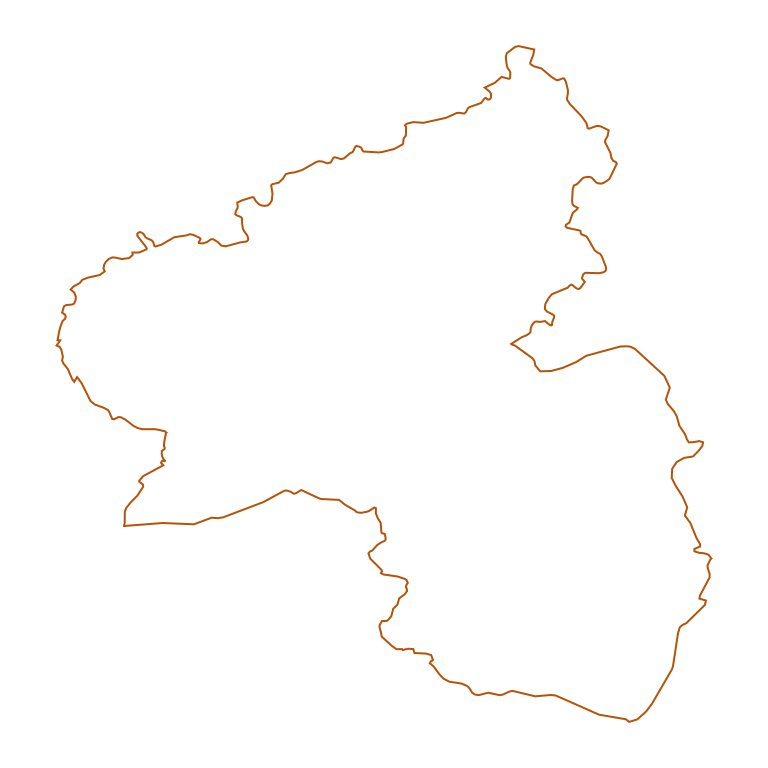 outline of Rheinland-Pfalz
{"feature_id": "DEU-1580", "entity_name": "Rheinland-Pfalz", "entity_type": "State", "adm_level": 1, "iso_a3": "DEU", "parent_name": "Germany", "parent_adm1": "", "projection": "robinson", "projection_center": [7.376, 49.945], "detail": "fine", "context": "isolated", "style": "outline", "palette": "amber", "viewbox_px": 768, "rotation_deg": 0, "n_neighbors": 0, "source": "natural_earth", "source_scale": "10m", "svg_char_len": 6051}
<svg xmlns="http://www.w3.org/2000/svg" viewBox="0 0 768 768"><path d="M60.2,340.4L57.5,340.2L59.3,330.7L60.6,326.1L62.5,321.2L65.0,318.8L65.8,316.6L64.9,314.5L62.1,312.7L63.7,307.2L64.2,306.1L66.5,305.0L71.9,304.6L74.0,303.6L75.6,300.4L75.8,296.5L74.3,292.7L70.7,289.5L73.5,286.5L79.7,283.1L82.4,279.8L88.0,277.6L99.7,275.0L104.7,271.4L103.5,268.3L104.1,264.9L105.9,261.7L108.6,259.1L112.3,257.4L115.3,257.6L122.0,259.1L129.2,258.0L132.6,255.1L132.4,252.5L139.1,252.5L146.5,249.4L146.7,248.4L146.1,247.1L137.4,235.9L137.2,234.1L138.4,232.6L140.2,232.1L141.4,232.5L143.4,233.8L145.5,237.2L147.2,238.4L151.7,240.3L153.3,242.2L154.3,245.9L155.3,246.5L161.5,244.7L174.3,237.2L186.4,235.4L189.9,234.2L193.5,234.9L199.9,238.0L200.5,239.2L198.7,242.4L199.0,243.1L200.6,243.3L203.4,243.3L207.3,241.9L210.9,239.3L213.1,239.2L217.9,242.1L221.3,245.6L225.8,246.3L239.9,242.5L246.6,241.5L247.9,240.2L248.3,238.9L247.4,235.7L244.3,231.4L242.9,228.8L242.1,223.1L242.0,218.4L240.8,217.0L236.3,215.1L235.2,214.0L235.9,211.1L237.5,208.1L237.7,206.1L237.3,202.6L241.7,200.5L252.0,197.2L253.7,197.4L255.7,201.0L258.9,204.3L260.6,205.2L264.2,205.9L267.9,205.4L269.9,203.6L271.8,200.5L272.5,193.8L271.2,185.3L272.3,184.2L278.7,182.7L282.9,178.7L285.8,174.1L289.7,173.0L294.5,172.4L301.9,170.1L316.3,162.0L318.9,161.2L322.3,161.5L327.5,163.4L330.7,162.4L333.4,157.9L334.2,157.4L335.2,157.3L341.1,159.1L344.0,158.4L350.5,152.9L352.5,152.3L355.5,146.5L356.1,146.0L358.6,146.4L360.6,147.3L361.4,148.0L362.5,150.5L363.4,151.5L378.6,152.4L381.7,152.1L394.3,149.0L402.7,144.3L403.1,143.7L403.5,139.3L404.1,137.8L405.9,135.6L406.1,127.0L405.0,125.3L406.8,123.7L413.3,122.1L423.5,122.8L446.1,117.8L456.7,113.0L459.3,112.8L464.2,113.6L466.0,112.0L468.0,108.2L469.2,107.2L481.1,103.0L484.3,98.7L485.2,98.1L485.9,97.9L487.7,99.5L489.2,99.5L490.3,98.8L491.0,97.2L491.0,93.8L489.7,91.7L484.7,87.6L494.8,82.8L501.6,76.9L508.9,78.8L509.5,78.7L510.2,77.7L510.3,72.4L509.0,69.8L507.7,68.3L506.8,65.5L505.8,57.1L506.7,53.3L515.1,46.9L518.6,46.1L534.2,49.5L533.4,54.4L530.4,62.2L530.2,63.3L530.7,64.3L534.2,66.4L541.3,68.4L551.7,77.1L556.7,80.2L558.5,80.0L562.7,78.4L564.2,78.5L565.9,81.9L567.9,90.0L567.9,92.9L567.0,98.5L567.2,100.0L570.0,104.2L581.4,116.1L586.0,122.4L587.1,125.4L587.6,128.0L588.4,128.6L589.8,128.4L596.5,126.0L598.2,125.9L601.2,126.6L608.7,130.3L607.6,135.9L605.4,139.9L604.9,141.9L610.4,152.8L611.4,157.9L613.2,160.9L615.7,161.9L616.8,163.6L609.7,178.5L607.8,180.3L603.6,182.9L601.6,183.6L597.8,183.3L596.2,182.4L591.6,177.6L589.5,176.9L586.9,177.0L583.8,177.6L582.3,178.5L578.3,183.0L576.7,184.3L573.8,185.6L572.7,189.6L572.1,200.8L572.5,204.2L574.0,205.9L577.9,207.9L576.9,209.5L572.8,212.8L569.4,222.5L566.0,224.8L565.6,226.4L567.4,227.9L579.7,230.5L580.5,231.1L580.9,233.6L581.5,234.4L586.2,236.2L587.6,238.0L594.5,250.1L597.1,252.3L600.1,253.8L601.9,256.6L605.9,266.9L606.2,269.0L605.6,270.9L603.4,272.3L599.0,273.2L585.3,272.8L583.3,274.3L582.0,277.9L582.1,278.7L584.8,281.9L580.3,288.1L579.2,288.9L577.3,288.7L576.0,288.1L572.5,285.1L571.2,284.6L569.4,285.8L567.7,287.7L551.9,294.2L548.7,298.0L545.4,303.9L544.9,307.0L545.1,309.5L547.1,311.6L553.0,314.6L554.2,315.8L554.1,317.4L552.3,321.9L551.9,325.1L551.3,325.4L549.5,324.8L545.0,321.1L540.1,321.9L536.2,321.5L534.9,321.8L533.7,322.8L531.6,325.8L530.6,329.1L530.5,332.1L529.4,333.4L526.6,335.3L521.8,337.2L511.2,343.9L512.2,344.7L514.9,345.5L532.5,358.3L534.5,361.1L535.3,365.4L540.2,371.3L551.2,371.0L562.9,367.8L575.9,362.2L586.4,355.7L620.4,346.5L627.7,346.3L631.0,346.9L635.1,349.0L664.4,375.9L669.8,387.7L665.8,399.6L667.8,403.9L674.1,411.5L676.8,416.4L679.4,425.8L684.6,433.6L686.0,436.4L686.6,438.8L688.8,442.4L693.8,442.1L699.3,441.1L703.1,442.3L702.4,445.8L698.9,450.5L693.0,456.5L684.1,457.9L676.7,462.0L672.2,468.8L671.7,477.9L675.8,486.0L682.6,496.6L687.2,507.3L684.9,515.6L690.3,522.9L696.4,537.8L700.1,544.2L700.1,546.5L694.4,548.9L694.4,551.3L699.1,552.8L704.1,553.3L708.4,554.6L711.4,558.5L710.5,559.2L707.5,565.4L707.8,568.2L709.6,573.9L709.6,577.4L699.9,595.7L699.4,598.6L705.9,600.5L704.9,604.9L686.2,623.3L682.7,624.8L679.8,627.3L678.0,633.3L673.0,666.2L671.8,669.6L651.8,704.1L646.1,711.5L637.3,719.4L629.1,721.9L626.0,719.3L599.1,714.7L555.7,695.5L550.8,695.0L535.2,696.3L512.5,690.9L509.5,691.5L503.1,694.5L499.7,695.2L488.3,692.7L478.4,695.2L474.6,694.4L472.1,692.6L469.4,688.2L467.4,686.1L461.3,683.5L449.4,681.7L443.4,678.6L439.8,674.8L433.7,666.5L429.8,663.2L431.0,661.2L433.0,660.1L431.2,655.1L426.3,653.6L414.5,653.0L413.3,649.1L408.0,648.7L402.7,650.1L402.0,649.1L396.5,649.2L391.4,645.5L381.7,636.6L381.0,632.5L379.6,627.7L379.5,626.1L379.9,624.5L382.0,621.0L386.4,621.0L387.7,620.4L391.3,616.2L393.3,608.6L397.5,604.6L399.1,598.4L404.6,594.4L407.0,591.1L406.8,588.7L405.9,587.2L406.3,585.2L407.8,582.9L406.4,579.8L403.7,578.5L397.1,576.4L383.5,574.5L380.8,573.1L382.0,571.3L381.4,569.8L370.2,558.6L368.5,553.3L369.8,551.7L372.2,550.5L377.5,544.8L381.8,542.1L384.6,540.9L385.5,539.8L385.6,538.1L384.8,533.9L382.0,533.3L381.4,532.3L380.7,522.9L377.6,517.8L375.9,513.4L375.9,508.2L375.2,507.8L374.3,507.6L368.8,511.1L366.3,511.9L361.2,512.8L358.2,512.5L356.6,512.1L355.0,510.5L344.9,504.6L339.1,499.9L321.1,499.0L319.3,498.5L301.2,490.0L295.7,493.4L293.7,493.7L291.2,492.0L287.6,490.7L285.8,490.5L284.2,490.8L263.3,502.1L223.2,517.3L218.0,518.2L211.6,517.7L193.9,524.3L162.6,523.0L124.1,526.0L124.7,522.7L124.8,511.7L126.3,507.9L130.5,502.6L137.6,495.4L143.2,486.7L142.9,484.4L139.5,482.0L139.1,480.9L143.3,476.0L163.3,465.3L161.0,462.8L161.9,461.2L163.2,460.6L165.5,461.4L163.6,459.3L162.3,456.8L161.7,454.0L161.9,450.9L164.6,449.0L164.7,447.6L164.0,446.1L164.0,443.6L165.3,436.1L165.7,435.9L165.8,433.0L166.4,432.6L165.0,431.3L155.6,429.2L142.5,429.2L137.8,428.1L133.2,425.7L125.4,419.6L120.8,417.2L118.4,417.1L114.3,419.2L112.2,419.0L109.2,411.9L107.9,410.0L104.0,407.9L94.8,404.5L90.5,401.0L81.7,383.3L77.1,377.1L74.2,381.8L72.0,378.8L67.9,369.1L63.3,363.3L62.1,360.5L62.9,356.7L61.3,349.6L59.6,346.9L56.6,345.5L60.2,340.4Z" fill="none" stroke="#b45309" stroke-width="2"/></svg>